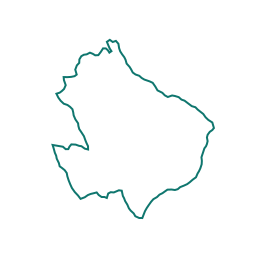 Guzolândia, São Paulo, Brazil, rotated 334°
{"feature_id": "56859067B96144512479549", "entity_name": "Guzolândia", "entity_type": "district", "adm_level": 2, "iso_a3": "BRA", "parent_name": "Brazil", "parent_adm1": "São Paulo", "projection": "mercator", "projection_center": [-50.72, -20.622], "detail": "fine", "context": "isolated", "style": "outline", "palette": "teal", "viewbox_px": 256, "rotation_deg": 334, "n_neighbors": 0, "source": "geoboundaries", "source_scale": "gbopen_adm2", "svg_char_len": 2118}
<svg xmlns="http://www.w3.org/2000/svg" viewBox="0 0 256 256"><g transform="rotate(334 128 128)"><path d="M155.3,44.4L152.0,44.0L150.3,40.8L146.8,41.3L146.5,46.0L146.4,48.7L146.8,51.7L144.3,52.1L144.0,49.4L143.0,46.8L140.5,45.5L136.9,47.7L133.3,49.5L130.4,48.3L128.8,45.8L126.8,43.6L123.2,43.7L120.4,42.8L117.5,43.0L114.4,45.0L112.7,48.1L109.5,49.3L106.2,52.4L105.3,57.5L102.7,58.0L99.2,57.1L95.8,55.7L92.5,54.0L91.4,56.9L90.8,62.2L87.6,64.9L84.7,65.8L82.1,66.3L78.7,65.8L78.7,70.1L79.4,74.0L80.9,78.0L83.7,80.8L85.2,83.6L86.3,86.8L85.6,90.0L84.7,92.8L84.5,97.2L85.2,101.9L84.3,104.4L83.7,107.6L84.3,111.9L84.8,116.1L84.3,120.5L84.1,123.6L84.1,126.8L82.7,129.8L80.1,127.6L78.2,124.0L76.1,122.5L73.7,120.0L69.9,117.9L67.2,119.1L65.1,120.8L62.7,119.7L61.3,116.3L52.8,110.2L52.2,114.1L51.4,118.2L51.3,121.4L50.5,124.3L50.5,129.2L49.8,132.5L51.1,134.9L52.6,138.1L53.2,141.6L52.3,144.9L51.7,149.1L51.4,153.4L51.3,157.4L52.1,162.3L53.5,166.8L54.3,170.9L58.8,171.3L62.5,170.7L65.5,170.9L68.2,171.5L71.6,172.2L72.3,175.4L74.0,178.4L76.6,179.7L78.3,181.6L81.5,178.2L84.3,178.1L87.0,179.7L92.5,180.0L94.9,181.6L93.6,186.8L93.7,189.4L93.4,192.4L93.8,196.6L93.6,200.6L94.2,203.5L95.7,207.3L95.9,210.5L98.6,213.8L101.4,215.2L104.4,212.4L106.8,210.2L109.7,208.2L112.8,206.4L116.5,204.4L119.6,203.1L123.8,202.8L127.1,201.7L130.4,201.7L133.9,201.1L136.4,200.7L140.2,202.4L143.0,204.3L145.9,204.8L149.0,204.0L152.9,204.3L156.6,204.4L159.8,203.8L163.5,202.8L167.5,202.1L170.6,199.4L172.8,198.0L175.3,196.0L178.3,192.9L180.0,189.9L181.2,186.5L185.3,182.3L187.7,179.8L190.1,178.6L191.9,177.0L193.8,174.7L194.8,171.1L196.6,169.0L199.8,167.3L202.9,166.8L205.2,165.7L206.2,160.0L203.7,155.9L202.4,152.3L201.8,148.4L200.2,145.1L198.7,142.0L197.7,138.9L194.9,136.3L192.5,131.6L190.8,128.2L188.5,125.9L187.1,122.5L184.2,119.8L181.9,118.1L177.4,117.6L175.4,114.8L174.3,111.4L171.0,107.1L170.7,102.7L170.0,98.2L167.9,95.6L163.9,91.6L162.2,89.0L161.0,86.0L158.2,83.2L156.6,80.2L156.5,76.6L156.2,73.7L155.0,69.5L155.7,65.6L155.7,62.8L155.0,59.1L154.6,55.7L155.0,52.4L156.3,48.1L155.3,44.4Z" fill="none" stroke="#0f766e" stroke-width="2"/></g></svg>